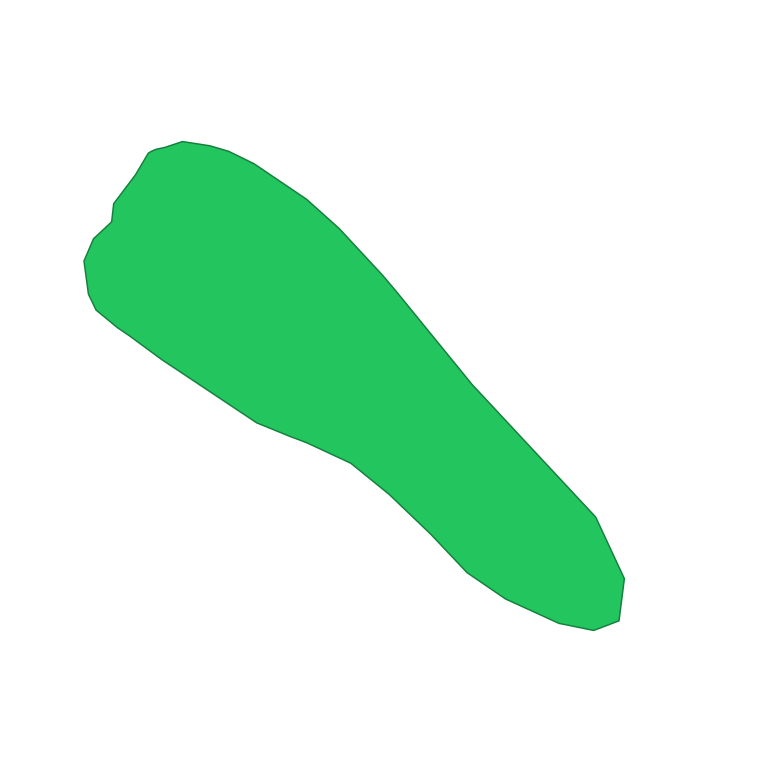 outline of Houk, Federated States of Micronesia, rotated 302°
{"feature_id": "79324940B89038151202543", "entity_name": "Houk", "entity_type": "district", "adm_level": 2, "iso_a3": "FSM", "parent_name": "Federated States of Micronesia", "parent_adm1": "", "projection": "natural_earth1", "projection_center": [149.302, 6.687], "detail": "fine", "context": "isolated", "style": "filled", "palette": "green", "viewbox_px": 768, "rotation_deg": 302, "n_neighbors": 0, "source": "geoboundaries", "source_scale": "gbopen_adm2", "svg_char_len": 604}
<svg xmlns="http://www.w3.org/2000/svg" viewBox="0 0 768 768"><g transform="rotate(302 384 384)"><path d="M468.9,345.6L475.3,325.7L492.1,263.6L499.6,220.5L501.9,157.2L499.0,129.0L493.8,110.3L482.8,84.6L468.3,72.6L462.1,66.2L458.2,63.5L454.9,61.8L429.8,62.4L393.7,59.2L377.2,67.1L353.2,60.7L329.3,64.4L303.5,85.8L294.1,100.7L290.5,128.1L290.0,141.8L286.9,182.9L283.6,296.7L289.5,330.9L293.2,349.6L299.2,397.8L293.1,446.9L281.3,503.6L268.0,554.5L266.1,601.1L273.7,659.2L286.1,692.4L307.7,708.8L346.3,691.0L383.3,634.1L430.2,459.1L468.9,345.6Z" fill="#22c55e" stroke="#15803d" stroke-width="1.5"/></g></svg>